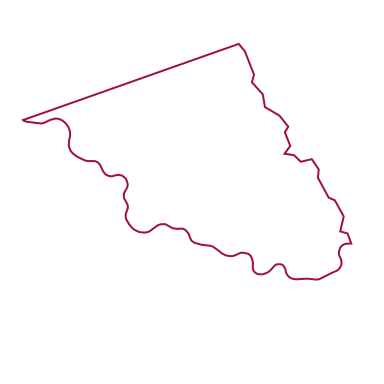 Holt, Missouri, United States of America, rotated 340°
{"feature_id": "52423323B48032696511614", "entity_name": "Holt", "entity_type": "district", "adm_level": 2, "iso_a3": "USA", "parent_name": "United States of America", "parent_adm1": "Missouri", "projection": "equal_earth", "projection_center": [-95.272, 40.063], "detail": "fine", "context": "isolated", "style": "outline", "palette": "rose", "viewbox_px": 384, "rotation_deg": 340, "n_neighbors": 0, "source": "geoboundaries", "source_scale": "gbopen_adm2", "svg_char_len": 2075}
<svg xmlns="http://www.w3.org/2000/svg" viewBox="0 0 384 384"><g transform="rotate(340 192 192)"><path d="M59.0,68.2L61.5,69.9L73.4,75.9L76.5,76.5L83.7,75.8L88.4,76.2L90.4,76.9L92.0,77.9L94.4,80.1L96.8,84.2L97.8,87.5L98.1,89.3L98.0,93.3L97.3,95.9L96.3,98.3L94.2,101.3L92.1,106.3L91.9,108.3L92.0,111.5L92.7,113.8L93.6,115.6L95.0,117.9L97.5,121.0L102.3,125.8L105.1,127.5L110.8,129.5L111.8,130.1L113.9,132.4L114.6,134.0L115.1,136.0L115.3,140.2L115.9,143.4L116.4,145.0L117.5,146.8L119.4,148.5L122.0,149.9L126.6,150.2L129.0,150.8L131.7,152.5L133.3,154.7L134.3,156.9L134.5,159.0L134.4,161.9L133.8,163.8L132.5,165.7L131.0,166.9L127.5,170.1L126.0,174.2L126.7,178.8L127.1,181.9L126.4,184.9L124.1,187.7L122.4,189.8L121.3,192.2L120.8,194.5L121.9,201.0L123.1,204.3L124.6,207.3L127.6,210.6L129.8,212.2L133.0,213.7L135.1,214.3L137.1,214.5L139.2,214.3L148.2,211.6L151.5,211.6L155.4,212.9L156.4,213.6L161.3,219.3L165.0,221.4L170.0,223.0L171.3,223.7L172.7,225.3L173.2,226.3L174.5,229.8L174.6,231.2L174.5,235.1L174.8,237.0L175.1,238.0L177.3,240.9L183.4,245.1L190.5,248.6L192.8,250.3L196.6,255.7L198.6,259.3L202.1,263.2L206.3,265.5L208.5,266.1L211.2,266.2L216.3,265.8L218.1,266.1L219.4,266.6L223.8,269.3L225.3,272.2L225.6,276.0L225.0,279.6L223.2,284.1L222.9,286.0L223.0,287.6L223.2,288.4L225.0,291.0L226.3,291.9L228.9,293.1L230.9,293.6L235.7,293.5L239.1,292.3L245.0,289.2L246.8,289.0L249.8,289.8L251.6,290.9L252.6,292.3L253.2,294.8L253.3,296.4L252.8,300.2L253.1,302.3L254.1,305.0L255.8,307.0L256.9,308.0L260.1,309.7L270.6,312.8L278.1,316.5L280.6,317.3L282.2,317.4L296.0,315.8L300.9,315.5L303.0,315.0L305.7,313.3L307.6,311.3L308.8,308.1L309.0,306.7L308.6,301.8L308.9,300.0L309.3,299.0L312.0,295.2L314.6,293.6L316.9,293.2L319.1,293.3L324.0,294.9L324.0,284.2L317.8,279.7L326.2,266.9L323.4,248.7L318.5,244.0L315.2,221.6L318.8,214.2L315.8,202.1L304.6,200.8L300.5,192.3L292.0,187.7L300.1,182.3L299.7,167.6L304.8,163.5L300.3,150.2L289.6,137.2L291.9,124.3L285.8,109.4L290.4,103.0L289.8,77.7L286.6,68.8L235.1,68.3L57.8,66.6L58.1,67.2L59.0,68.2Z" fill="none" stroke="#9f1239" stroke-width="2"/></g></svg>